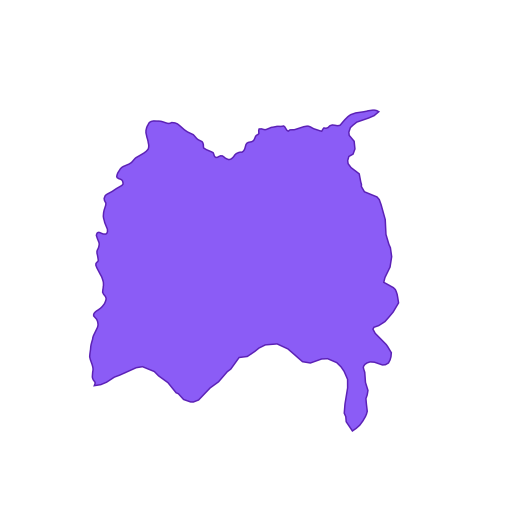 outline of Granados, Baja Verapaz, Guatemala, rotated 111°
{"feature_id": "79465075B60020502053438", "entity_name": "Granados", "entity_type": "district", "adm_level": 2, "iso_a3": "GTM", "parent_name": "Guatemala", "parent_adm1": "Baja Verapaz", "projection": "albers", "projection_center": [-90.583, 14.941], "detail": "fine", "context": "isolated", "style": "filled", "palette": "violet", "viewbox_px": 512, "rotation_deg": 111, "n_neighbors": 0, "source": "geoboundaries", "source_scale": "gbopen_adm2", "svg_char_len": 4953}
<svg xmlns="http://www.w3.org/2000/svg" viewBox="0 0 512 512"><g transform="rotate(111 256 256)"><path d="M435.0,360.5L431.7,354.8L427.4,350.3L419.8,344.8L416.1,340.6L403.2,327.8L400.0,322.3L400.3,309.5L402.8,304.0L405.8,292.8L412.3,281.6L412.4,279.1L415.9,272.2L415.7,264.8L414.7,262.1L411.0,258.0L395.5,251.5L386.9,245.9L374.4,241.4L370.5,239.0L356.8,235.4L352.9,228.1L345.5,222.9L340.8,220.2L335.6,215.4L330.5,204.8L331.3,192.9L338.0,174.7L336.4,166.9L328.6,157.8L326.2,152.3L326.6,142.4L329.0,136.9L332.1,132.4L338.3,126.3L346.3,123.2L362.2,119.9L371.1,117.3L373.8,114.6L378.4,112.4L384.8,103.3L381.0,100.7L376.7,98.5L371.6,97.1L366.6,96.3L364.1,96.2L361.1,96.5L354.8,99.8L349.7,102.3L345.9,102.4L341.4,103.3L334.8,108.5L325.6,112.8L323.4,114.6L321.6,115.9L320.0,116.0L318.2,115.5L316.0,114.0L314.0,111.6L312.7,107.4L312.4,98.9L311.1,96.2L308.4,94.0L305.0,93.6L301.7,93.9L297.8,95.0L293.4,100.6L292.0,102.7L285.5,117.0L282.4,120.6L280.3,120.4L277.0,116.5L271.0,112.1L265.9,110.2L259.2,107.9L248.7,106.1L244.0,108.8L241.2,110.5L238.9,112.4L237.4,113.9L236.3,116.4L234.8,127.3L229.9,127.9L218.3,126.9L208.0,129.1L200.1,133.5L197.5,136.1L189.3,142.4L175.7,148.4L163.4,157.5L159.2,161.1L157.5,164.2L157.2,177.8L153.4,182.5L151.4,183.2L149.4,184.7L142.3,189.1L139.4,199.0L136.8,203.1L134.1,204.6L129.8,205.0L126.1,201.9L120.6,202.0L113.7,205.5L110.0,212.2L107.2,213.7L102.3,213.9L99.0,212.3L94.9,209.9L86.9,200.4L82.6,196.0L77.3,193.1L77.0,195.3L77.2,196.9L77.5,198.1L78.1,199.5L80.4,203.6L81.2,204.6L81.9,205.8L82.8,207.2L86.7,214.2L89.9,218.0L91.3,219.1L93.1,220.2L96.9,221.9L100.2,223.1L103.7,224.3L104.4,225.2L105.2,226.7L105.6,228.8L106.3,231.7L107.8,233.6L109.0,234.2L110.2,234.7L111.7,236.4L112.1,238.5L113.6,239.0L116.0,239.4L116.2,241.2L116.4,245.7L116.5,247.0L116.4,248.8L116.0,251.3L116.0,253.4L116.4,254.8L118.2,257.8L124.2,265.2L124.7,266.2L125.3,267.7L126.1,269.5L127.9,270.6L127.6,272.2L125.1,275.5L124.7,276.8L125.6,278.2L126.4,279.9L126.7,281.0L127.4,282.8L128.4,284.3L129.0,285.3L129.7,286.4L130.5,287.9L131.3,288.7L133.5,291.0L134.3,291.9L134.9,292.9L135.2,294.8L135.3,296.3L136.3,298.6L137.7,298.5L139.4,297.8L140.7,297.2L142.0,297.8L143.1,298.8L144.4,299.3L145.5,299.3L147.8,299.4L149.2,299.7L150.8,300.9L152.7,303.9L154.1,305.0L155.7,305.3L158.9,305.0L160.0,304.9L161.8,305.1L162.9,305.5L164.2,306.4L164.5,307.5L165.3,308.9L166.6,310.3L167.6,311.2L169.5,312.1L171.1,312.4L172.6,313.0L174.2,313.9L175.1,314.8L175.8,316.1L175.8,318.2L175.6,319.9L175.1,321.2L174.6,323.2L175.1,324.9L176.2,326.1L177.8,327.5L178.4,328.8L178.0,330.2L177.2,331.1L176.2,331.8L174.9,333.1L174.7,334.8L174.5,340.6L173.9,343.6L172.9,344.2L171.0,345.0L169.5,346.1L168.6,347.3L168.4,348.9L168.2,351.1L168.0,352.3L167.5,353.6L166.5,355.5L165.8,356.8L165.2,358.1L164.8,363.4L164.7,364.5L163.8,368.2L161.9,373.3L161.1,375.7L160.8,376.9L160.8,379.4L161.6,382.5L162.9,383.8L163.7,385.4L163.9,386.6L164.0,388.2L164.1,390.9L164.3,393.0L164.8,394.8L165.7,397.3L166.6,400.0L167.9,402.0L169.3,403.2L170.3,403.6L172.2,403.8L173.3,404.0L174.9,404.1L176.0,404.0L178.2,403.7L180.4,402.9L184.2,400.4L186.0,399.0L187.6,397.9L189.0,397.1L190.2,396.3L191.6,395.6L193.3,395.1L195.0,395.0L197.6,396.0L200.0,397.5L203.3,400.1L207.1,403.2L208.1,403.8L209.4,404.3L211.0,404.9L212.0,405.2L213.7,406.0L214.9,406.9L215.8,407.6L217.3,409.2L218.8,410.7L219.9,411.9L221.2,412.9L223.0,413.8L226.4,414.5L228.0,414.8L229.9,414.8L231.7,414.5L232.6,413.7L233.0,411.7L232.9,410.4L233.0,408.8L233.8,407.5L235.0,406.6L236.4,405.9L238.0,406.4L239.2,407.3L243.1,410.5L247.4,413.5L251.3,416.9L252.5,417.8L253.8,418.4L255.2,418.4L256.7,418.4L258.4,417.4L259.4,416.3L260.4,415.1L262.4,414.5L264.3,414.4L267.7,414.2L270.2,413.8L273.6,412.8L275.4,411.8L277.4,410.3L278.9,409.3L279.9,408.4L283.2,405.3L284.1,404.4L286.4,403.4L288.2,403.4L289.4,404.1L290.2,406.5L290.2,408.2L290.1,410.4L290.4,411.6L291.2,412.4L292.6,412.6L294.0,412.4L296.6,410.3L299.7,407.4L301.1,406.6L302.5,406.3L303.7,406.1L305.2,406.0L306.9,406.2L308.5,406.2L310.5,405.4L311.9,404.4L313.7,403.3L315.1,402.5L316.5,401.7L317.8,401.7L319.2,402.4L320.4,402.7L322.0,402.2L324.0,400.4L329.1,394.6L329.9,393.6L330.8,392.6L331.7,391.8L333.4,390.4L334.6,389.5L335.6,388.9L338.0,387.9L339.4,387.6L340.7,387.2L342.3,386.9L344.8,386.2L346.3,384.6L347.4,382.7L348.1,381.7L349.7,380.5L351.8,380.3L353.3,380.3L354.9,380.4L356.3,380.8L358.2,381.4L360.6,382.5L362.7,383.9L363.8,384.7L364.8,385.4L366.1,386.1L367.6,386.6L368.8,386.6L370.1,386.1L371.3,383.8L372.1,382.2L373.7,380.6L374.9,379.8L376.6,378.9L377.8,378.6L379.4,378.4L381.6,378.6L385.2,378.9L387.3,379.1L388.7,379.2L390.6,379.1L392.3,378.7L395.1,378.5L397.8,378.2L399.8,377.8L402.5,377.0L406.4,376.1L408.6,375.5L409.8,375.1L412.1,373.5L414.1,371.8L416.2,370.0L417.7,368.9L418.8,368.2L420.0,367.6L421.2,367.2L422.8,366.9L425.2,366.2L427.2,365.6L428.2,365.1L429.2,364.3L430.1,363.3L430.9,362.0L431.6,361.0L432.8,360.5L435.0,360.5Z" fill="#8b5cf6" stroke="#5b21b6" stroke-width="1.5"/></g></svg>